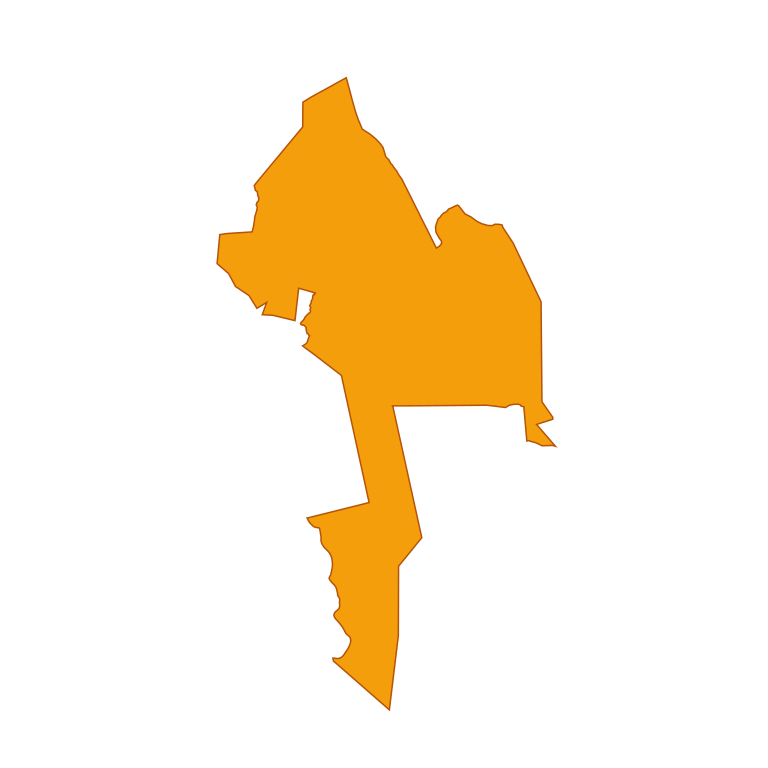 San Agustín Amatengo, Oaxaca, Mexico (orthographic projection), rotated 240°
{"feature_id": "50627088B33548030742406", "entity_name": "San Agustín Amatengo", "entity_type": "district", "adm_level": 2, "iso_a3": "MEX", "parent_name": "Mexico", "parent_adm1": "Oaxaca", "projection": "orthographic", "projection_center": [-96.811, 16.52], "detail": "fine", "context": "isolated", "style": "filled", "palette": "amber", "viewbox_px": 768, "rotation_deg": 240, "n_neighbors": 0, "source": "geoboundaries", "source_scale": "gbopen_adm2", "svg_char_len": 3794}
<svg xmlns="http://www.w3.org/2000/svg" viewBox="0 0 768 768"><g transform="rotate(240 384 384)"><path d="M571.7,299.6L557.5,304.6L542.6,304.2L528.1,311.3L513.1,311.8L513.3,323.2L504.9,313.2L499.1,322.1L483.4,338.6L509.6,358.0L497.2,370.0L496.1,368.2L496.8,367.6L496.4,367.0L495.1,365.7L493.3,364.6L492.6,362.9L491.0,361.7L490.1,360.5L488.9,358.8L487.2,358.8L486.5,358.5L485.7,357.3L485.0,357.0L483.7,356.7L482.9,355.6L482.9,354.4L482.4,352.3L481.6,349.6L481.0,348.5L480.0,347.0L479.3,345.0L478.9,343.4L478.3,342.1L477.7,341.8L477.1,341.9L476.3,342.3L475.5,343.1L475.2,344.0L474.2,344.3L473.0,344.6L471.5,344.8L470.8,344.0L469.0,343.5L468.0,343.1L466.0,342.7L465.6,343.4L464.1,343.3L463.0,343.7L462.4,342.8L461.6,341.7L460.0,339.9L459.3,339.2L458.3,338.0L457.9,336.8L457.7,334.8L457.8,332.6L457.0,332.8L444.2,338.4L412.7,351.4L288.8,311.8L306.4,250.3L305.7,250.4L303.4,250.2L300.9,250.3L298.5,250.9L295.8,251.7L294.4,252.7L293.3,253.9L292.6,255.0L291.5,256.0L290.3,255.7L289.1,255.3L288.1,255.0L286.5,254.3L285.3,253.9L283.4,253.2L281.7,252.2L280.2,251.3L278.2,250.6L276.3,250.3L274.3,250.4L272.1,250.6L269.3,251.3L267.3,251.9L264.8,252.3L262.4,252.2L260.3,251.9L258.2,251.3L256.0,250.4L253.4,249.1L251.3,247.7L249.5,246.2L247.9,244.7L245.3,242.4L244.6,240.9L243.2,239.3L241.3,239.1L238.7,239.5L236.4,240.0L234.5,240.6L232.2,240.7L229.7,240.3L228.3,239.8L226.5,239.3L224.1,238.2L220.9,238.2L219.2,237.8L217.5,236.4L214.7,235.1L212.7,233.6L211.7,231.9L211.0,227.8L209.9,225.9L208.9,225.0L206.9,224.5L204.6,224.7L201.6,225.4L198.1,226.0L195.0,226.4L191.5,226.5L189.2,226.3L186.7,226.3L183.8,227.3L181.8,228.0L180.3,227.6L178.5,227.0L177.1,225.9L175.5,224.3L174.2,222.5L172.6,220.0L171.3,217.3L169.4,213.5L168.6,210.9L168.7,208.5L169.5,206.4L170.5,205.1L172.2,202.7L169.4,201.7L99.1,225.7L158.9,270.6L218.9,305.5L232.0,339.9L359.4,380.2L360.8,380.4L353.0,394.0L323.1,446.7L314.3,462.3L311.6,465.9L302.8,477.6L302.9,479.8L302.9,481.8L302.3,484.0L301.1,487.1L299.7,489.7L298.0,491.5L296.3,491.7L294.4,493.7L263.2,479.2L262.8,480.8L260.4,482.9L257.1,486.2L251.4,490.1L246.5,499.3L244.4,501.3L272.7,495.9L269.1,512.6L270.7,513.5L289.6,511.9L376.6,561.1L441.2,566.3L448.8,565.9L458.8,565.3L460.6,565.3L462.7,565.8L464.6,563.7L466.9,560.0L467.1,556.7L469.4,553.2L473.7,549.0L477.2,546.6L478.9,545.6L485.1,542.9L490.8,539.2L495.2,538.6L501.0,537.8L502.1,537.2L502.5,535.2L502.7,532.2L502.8,530.4L503.2,527.5L502.0,524.2L502.2,521.0L501.3,517.8L500.3,515.8L500.0,513.7L498.1,511.3L496.3,509.2L493.9,506.9L489.7,505.0L486.2,504.8L482.4,504.8L479.5,505.2L477.3,504.5L476.4,503.0L475.6,500.8L475.6,498.8L475.6,497.3L479.3,497.5L490.7,498.2L491.9,498.3L493.6,498.4L495.1,498.5L510.0,499.3L516.8,499.8L517.2,499.8L525.5,500.3L536.9,501.0L546.2,501.5L551.5,501.8L552.7,501.9L557.1,501.4L560.1,501.4L562.4,501.5L564.2,501.1L564.4,501.1L567.0,500.8L569.6,500.7L570.3,500.5L571.9,500.1L572.9,500.2L573.6,500.2L575.9,500.3L578.1,499.6L580.1,499.2L586.7,500.8L589.2,501.4L591.7,501.2L593.6,501.0L599.7,499.6L600.1,499.5L600.5,499.4L607.4,496.8L612.1,494.4L615.6,492.6L618.4,493.0L625.9,493.9L626.4,494.0L632.7,495.2L634.9,495.7L638.0,496.5L644.4,498.1L646.7,498.7L654.6,500.9L655.4,501.1L668.1,504.4L668.2,500.6L668.4,491.3L668.4,487.8L668.5,484.3L668.7,476.0L668.8,471.2L668.9,465.9L668.9,462.2L668.7,457.6L668.6,454.7L660.9,450.1L655.2,446.8L653.0,445.5L647.3,442.2L646.6,440.3L641.5,426.5L641.1,425.5L640.0,422.5L639.8,421.9L637.8,416.5L632.7,402.7L631.4,399.2L628.1,390.2L622.8,376.0L621.6,372.8L620.7,370.8L618.0,370.1L616.0,369.4L614.1,370.4L611.2,369.3L609.4,368.7L607.5,368.6L605.3,366.7L604.7,364.7L603.0,362.9L600.3,362.6L597.8,360.4L595.7,358.2L593.6,355.9L589.9,353.2L587.4,351.1L585.9,350.0L581.7,345.8L592.6,323.7L595.5,316.5L571.7,299.6Z" fill="#f59e0b" stroke="#b45309" stroke-width="1.5"/></g></svg>